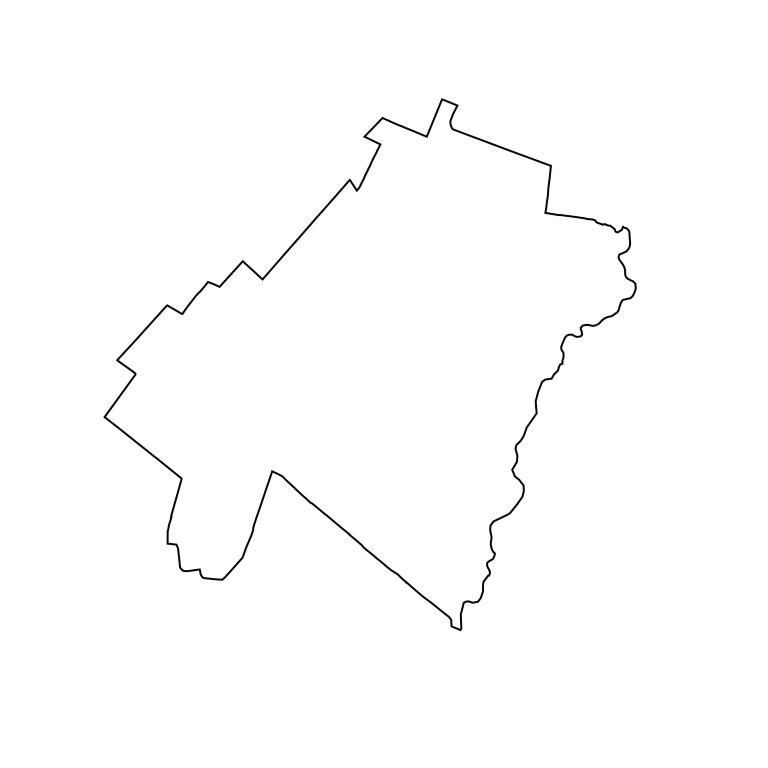 Comisani, Dâmbovita, Romania (orthographic projection), rotated 74°
{"feature_id": "2599482B43489877129749", "entity_name": "Comisani", "entity_type": "district", "adm_level": 2, "iso_a3": "ROU", "parent_name": "Romania", "parent_adm1": "Dâmbovita", "projection": "orthographic", "projection_center": [25.562, 44.869], "detail": "fine", "context": "isolated", "style": "outline", "palette": "ink", "viewbox_px": 768, "rotation_deg": 74, "n_neighbors": 0, "source": "geoboundaries", "source_scale": "gbopen_adm2", "svg_char_len": 6045}
<svg xmlns="http://www.w3.org/2000/svg" viewBox="0 0 768 768"><g transform="rotate(74 384 384)"><path d="M466.2,632.6L474.7,635.1L477.8,636.0L481.2,627.8L485.2,627.3L494.8,628.9L504.1,630.6L506.3,629.8L508.4,628.3L509.2,626.4L509.8,624.2L511.5,612.2L516.6,612.7L519.2,612.0L520.4,611.2L521.3,609.8L525.7,598.7L527.6,593.3L525.8,589.8L522.6,584.6L512.2,568.2L511.3,567.3L503.8,562.0L499.3,558.4L494.0,554.0L488.2,549.9L486.6,549.5L483.6,547.7L476.4,542.8L468.9,537.5L460.5,531.7L451.2,525.3L437.1,515.5L441.9,510.1L444.2,507.7L445.5,506.6L446.0,506.4L446.8,506.0L447.4,505.7L448.1,505.4L449.7,504.4L451.1,503.6L451.7,503.2L452.6,502.7L453.6,502.0L459.7,498.4L461.2,497.6L462.7,496.7L464.6,495.5L465.2,495.1L465.9,494.7L466.6,494.3L467.5,493.8L469.0,492.9L470.7,491.8L472.7,490.5L477.7,487.5L478.1,487.2L478.4,486.7L478.8,486.2L485.2,481.8L492.3,477.0L492.4,476.8L493.1,476.4L493.6,476.0L494.2,475.6L495.0,475.0L497.0,473.6L497.5,473.2L497.9,473.0L498.4,472.7L498.7,472.5L501.2,470.8L501.9,470.4L502.2,470.1L502.4,470.0L502.8,469.8L505.6,467.9L506.1,467.5L510.9,464.3L512.0,463.5L512.6,463.1L518.7,458.8L519.0,459.0L519.7,458.5L523.5,455.9L532.9,449.7L534.9,448.9L535.4,448.6L537.5,447.3L546.5,441.0L548.6,439.7L553.7,436.1L557.1,433.8L557.6,433.5L560.6,431.5L565.1,428.3L571.0,423.1L574.5,421.2L574.9,421.0L579.5,418.1L580.8,417.5L581.3,417.2L581.1,416.9L584.5,414.7L589.5,411.5L596.8,406.7L597.7,406.1L598.7,405.4L601.7,403.2L604.1,401.3L609.6,397.2L612.0,395.6L619.8,390.1L623.5,387.4L626.0,385.6L629.2,384.5L635.7,385.8L641.6,378.3L640.1,377.0L626.7,373.7L616.3,367.6L615.8,365.1L616.3,362.5L618.7,359.1L619.2,353.7L616.7,350.3L613.4,347.8L610.2,345.8L605.0,344.4L601.6,342.9L599.5,340.1L597.0,336.8L597.1,335.7L595.7,334.7L593.8,333.9L591.0,334.3L587.8,335.0L584.8,334.4L583.7,333.0L582.9,330.1L582.3,327.5L581.4,326.7L579.8,325.3L577.5,324.1L574.9,325.5L572.1,325.9L567.5,325.6L565.4,324.8L561.0,322.8L554.5,322.3L553.9,322.3L549.4,320.6L546.3,316.6L543.7,301.1L543.0,298.6L536.3,289.1L530.7,282.1L525.3,279.0L520.1,277.8L513.2,280.5L509.1,283.6L501.8,284.4L495.4,277.6L489.9,275.6L482.4,275.4L479.2,273.6L476.2,268.1L472.8,264.3L465.0,258.6L459.9,252.2L454.2,245.3L447.9,244.1L442.3,242.9L433.8,237.8L425.4,231.3L424.2,227.5L425.1,221.4L421.8,218.1L418.8,212.8L415.8,211.2L413.8,209.1L413.7,206.9L410.6,206.0L409.1,204.7L407.0,203.8L403.4,202.9L402.0,203.3L400.5,203.9L398.4,203.8L397.1,203.4L394.8,201.7L389.3,197.2L387.8,194.8L387.6,192.7L388.5,189.4L391.1,186.9L392.1,185.1L392.4,181.6L391.3,180.0L388.6,179.5L385.3,179.7L384.0,179.2L382.7,176.9L382.8,173.9L383.3,172.0L384.4,169.7L385.6,167.5L385.9,165.6L385.9,163.7L385.4,161.2L384.7,159.7L382.8,156.7L381.6,153.2L381.3,150.2L381.5,146.3L379.4,140.0L378.2,138.5L374.6,136.2L371.3,133.9L369.3,131.8L369.0,130.7L369.2,127.8L369.4,123.9L369.0,122.5L367.6,120.2L366.0,118.7L362.4,116.1L360.6,115.3L359.3,115.3L356.8,114.7L355.6,115.3L353.9,116.4L352.4,118.2L350.2,120.5L348.3,121.7L347.1,122.0L345.0,121.9L341.3,120.9L338.0,120.8L334.7,121.5L330.6,123.1L328.2,123.7L326.5,123.5L324.9,122.4L324.2,121.4L324.1,118.5L323.3,114.3L322.1,112.4L320.4,110.5L317.0,108.7L308.8,107.0L306.2,106.3L304.1,106.4L302.8,106.9L301.3,107.9L299.9,110.0L298.8,110.9L299.7,111.6L301.4,113.0L302.3,116.3L302.6,116.8L302.4,118.3L301.5,119.3L300.9,119.5L299.5,119.5L299.0,119.5L297.9,120.2L296.8,120.9L295.7,121.8L295.2,122.2L294.6,122.6L294.2,123.0L293.7,124.3L292.8,125.7L292.4,126.4L291.4,127.3L291.2,127.7L291.1,128.3L291.1,129.0L291.2,129.6L291.2,129.8L291.0,130.1L290.9,130.3L290.7,130.3L287.4,135.0L284.7,136.1L283.2,138.4L281.5,143.1L281.1,143.7L280.6,144.4L279.8,146.1L276.5,153.2L273.5,160.2L269.8,168.8L269.8,169.4L269.8,169.5L264.0,181.7L259.1,179.3L258.0,178.9L257.4,178.7L254.5,177.5L253.2,176.9L252.5,176.6L249.4,175.1L246.8,174.1L243.4,172.8L242.8,172.7L241.2,172.1L232.2,168.2L220.3,163.4L215.2,170.4L193.2,200.4L166.8,236.0L158.2,247.5L157.0,248.1L156.0,248.2L153.9,248.5L152.0,248.3L150.4,248.0L149.0,247.3L143.8,243.4L140.1,239.9L136.6,236.7L127.0,248.8L126.4,249.7L129.1,251.9L158.1,274.7L147.7,287.7L137.4,300.8L127.9,312.1L133.2,321.2L140.9,334.6L152.7,321.4L153.0,321.8L155.2,323.6L156.9,325.3L157.2,325.6L158.0,326.3L159.5,327.5L159.8,327.8L160.3,328.3L160.5,328.5L161.2,329.1L161.8,329.8L162.1,330.1L162.5,330.4L163.2,331.1L163.9,331.7L164.6,332.4L165.3,333.0L165.6,333.3L166.7,334.3L167.0,334.5L167.9,335.3L168.4,335.7L169.0,336.2L169.7,336.8L170.1,337.2L171.3,338.1L171.7,338.5L172.6,339.5L173.4,340.2L173.9,340.6L174.2,340.8L175.0,341.4L175.2,341.7L175.7,342.1L176.0,342.5L177.1,343.5L177.8,344.1L178.6,344.8L179.4,345.5L180.3,346.2L180.7,346.5L181.1,346.8L181.9,347.5L182.6,348.2L183.3,348.9L184.0,349.5L184.7,350.2L185.3,350.7L185.8,351.1L186.0,351.4L186.8,352.1L187.2,352.4L187.7,352.9L187.9,353.1L188.1,353.3L188.4,353.7L188.7,354.0L188.8,354.1L190.5,356.6L190.6,356.8L178.6,360.5L178.4,360.6L178.7,361.1L184.3,369.8L190.3,379.1L190.4,379.3L198.0,391.1L204.8,401.8L204.9,402.1L210.8,411.1L215.7,418.7L216.1,419.3L216.4,419.7L216.8,420.4L216.9,420.5L217.6,421.6L217.9,422.1L218.1,422.4L221.5,427.7L221.6,427.9L226.8,436.0L232.7,445.2L232.9,445.5L250.0,471.9L249.7,472.1L227.4,485.7L227.1,485.9L228.5,488.2L235.3,499.2L239.6,506.1L245.0,514.8L245.3,515.2L239.8,521.9L238.1,524.1L237.4,525.2L237.9,525.8L239.1,527.3L240.4,529.2L242.7,532.5L244.3,534.9L245.2,536.7L245.8,537.9L246.2,538.7L249.3,543.1L252.2,547.0L254.5,550.2L256.7,553.0L258.6,555.5L260.9,558.1L261.0,558.3L261.1,558.6L261.0,558.9L258.5,561.3L255.1,564.5L251.3,568.2L248.7,570.7L248.8,571.1L250.7,574.2L255.7,582.2L259.1,587.7L261.7,591.8L263.2,594.2L266.2,599.1L271.0,606.7L274.9,613.0L278.9,619.6L286.0,631.3L286.4,631.9L287.6,633.9L288.1,633.6L301.2,623.2L305.3,620.1L306.4,620.3L322.5,640.9L338.8,661.7L339.2,661.4L353.4,651.1L360.7,645.9L390.7,624.6L390.9,624.4L391.0,624.3L418.9,604.7L420.0,605.0L434.1,613.7L445.2,620.6L449.6,623.3L453.0,625.3L453.3,625.0L454.9,626.0L457.3,627.6L459.0,628.7L461.2,630.0L463.5,631.1L464.3,631.5L465.3,632.1L466.2,632.6Z" fill="none" stroke="#020617" stroke-width="2"/></g></svg>